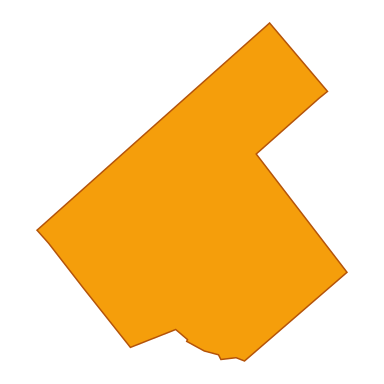 Karnes, Texas, United States of America (Natural Earth projection)
{"feature_id": "52423323B141370106049", "entity_name": "Karnes", "entity_type": "district", "adm_level": 2, "iso_a3": "USA", "parent_name": "United States of America", "parent_adm1": "Texas", "projection": "natural_earth1", "projection_center": [-97.881, 28.945], "detail": "fine", "context": "isolated", "style": "filled", "palette": "amber", "viewbox_px": 384, "rotation_deg": 0, "n_neighbors": 0, "source": "geoboundaries", "source_scale": "gbopen_adm2", "svg_char_len": 353}
<svg xmlns="http://www.w3.org/2000/svg" viewBox="0 0 384 384"><path d="M37.0,230.2L48.4,243.0L83.6,288.4L130.4,347.4L175.7,329.5L187.5,339.6L186.7,341.4L204.3,351.0L218.5,354.8L220.9,359.5L236.1,357.7L244.5,361.0L347.0,272.3L256.2,154.0L319.0,98.3L327.5,91.4L269.6,23.0L135.4,142.4L37.0,230.2Z" fill="#f59e0b" stroke="#b45309" stroke-width="1.5"/></svg>